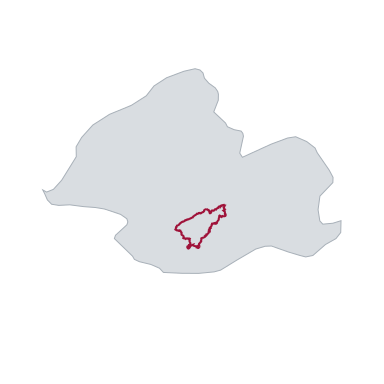 Ngororero, Western, Rwanda (highlighted), rotated 242°
{"feature_id": "39286606B38913138871456", "entity_name": "Ngororero", "entity_type": "district", "adm_level": 2, "iso_a3": "RWA", "parent_name": "Rwanda", "parent_adm1": "Western", "projection": "equal_earth", "projection_center": [29.551, -1.904], "detail": "fine", "context": "in_parent", "style": "outline", "palette": "rose", "viewbox_px": 384, "rotation_deg": 242, "n_neighbors": 0, "source": "geoboundaries", "source_scale": "gbopen_adm2", "svg_char_len": 6736}
<svg xmlns="http://www.w3.org/2000/svg" viewBox="0 0 384 384"><g transform="rotate(242 192 192)"><path d="M159.6,109.5L163.2,109.4L187.3,101.6L189.7,104.1L193.6,119.1L195.7,121.3L199.0,121.9L205.8,118.4L218.2,106.6L223.6,99.5L230.0,89.4L238.1,78.0L242.7,68.1L247.1,62.3L252.9,60.6L259.4,61.1L263.9,61.2L260.2,63.6L259.4,70.9L263.6,82.5L277.5,106.4L286.3,110.9L292.0,120.2L297.7,135.9L299.3,155.6L297.0,179.2L298.4,196.8L303.5,208.3L304.8,223.3L302.4,241.6L299.4,252.6L296.0,256.3L292.0,257.6L286.7,256.4L280.2,257.9L273.1,261.4L268.7,261.9L265.9,261.2L260.7,258.3L252.5,248.8L237.1,254.0L233.0,253.9L227.3,258.4L222.7,264.0L219.9,264.4L217.1,263.6L203.9,252.4L199.0,252.8L197.1,284.3L194.8,301.7L192.1,309.5L182.6,317.0L173.1,321.3L167.9,321.0L146.9,323.4L138.7,323.4L134.2,320.8L128.3,303.0L117.2,295.0L106.5,291.3L102.2,292.4L98.3,301.7L96.7,310.1L86.4,304.3L83.3,297.3L83.0,285.3L79.2,268.9L81.3,261.9L85.4,257.4L93.9,248.8L107.0,236.8L109.8,231.0L111.7,221.5L110.8,199.4L109.6,180.6L111.1,174.0L117.1,159.5L125.1,144.7L134.4,129.0L140.0,127.5L147.4,121.6L155.2,112.8L159.6,109.5Z" fill="#d9dde1" stroke="#a8b0b8" stroke-width="1"/><path d="M168.7,161.8L168.2,161.8L168.0,161.6L168.0,161.0L167.6,160.6L167.2,160.5L167.0,160.3L166.6,160.2L166.5,159.8L166.0,160.1L165.9,160.3L165.7,160.3L165.5,160.5L165.3,160.5L165.1,160.8L165.1,161.1L164.8,161.4L164.1,161.7L164.0,162.0L164.2,162.6L163.9,162.9L163.9,163.1L163.7,163.1L163.3,163.0L163.1,163.6L162.7,163.5L162.2,163.6L161.8,163.5L161.5,163.7L160.9,163.5L160.7,163.6L160.4,163.2L160.0,163.2L159.6,162.8L159.3,162.7L158.9,162.8L158.7,163.0L158.3,163.2L158.0,163.5L157.0,163.8L156.7,163.6L156.2,163.6L155.4,162.6L155.2,162.7L155.1,163.1L154.7,163.3L154.6,163.6L154.6,163.9L154.4,164.1L154.1,164.2L154.1,164.4L154.0,164.2L153.6,164.2L153.6,165.0L153.4,165.2L153.5,165.5L153.1,165.9L153.1,166.4L152.8,166.7L152.6,166.7L152.5,167.1L152.4,167.1L152.4,167.3L152.3,167.7L152.0,167.9L151.8,168.1L151.3,167.3L151.3,167.1L150.6,167.1L150.4,167.3L149.6,166.6L149.4,166.6L149.0,166.5L148.2,166.6L147.9,166.5L147.7,166.6L147.1,166.4L146.8,166.2L146.8,165.5L146.7,164.9L146.8,164.4L146.3,164.0L146.1,163.5L145.7,163.6L145.8,163.2L146.1,162.6L146.1,162.4L145.6,161.9L144.9,162.0L144.3,161.8L143.7,162.3L143.7,162.5L143.8,162.6L143.7,162.7L143.7,163.0L144.0,163.8L144.1,164.0L144.5,164.0L144.8,164.5L144.7,164.8L144.8,165.0L144.9,165.5L145.2,165.8L145.2,166.4L145.0,166.9L144.9,167.2L145.1,167.6L145.0,168.2L144.8,167.9L144.4,168.0L144.3,167.9L144.1,168.1L143.9,168.4L143.4,168.5L142.5,169.5L142.5,169.8L142.2,170.1L141.9,170.8L141.6,170.8L141.4,170.4L141.3,170.5L141.0,170.3L140.9,170.6L140.7,170.7L140.3,170.6L140.1,170.8L139.7,171.0L139.6,171.3L139.9,171.4L139.9,171.6L140.2,171.5L140.3,171.5L140.2,171.8L140.3,171.9L140.3,172.0L140.4,171.9L140.8,172.0L140.8,171.9L141.0,171.7L141.1,171.8L141.3,171.8L141.5,172.0L141.4,172.2L141.5,172.5L141.6,172.9L141.6,173.1L141.8,173.2L141.8,173.4L142.3,173.3L142.6,173.8L143.1,174.0L143.3,175.1L143.5,175.3L143.5,175.6L143.6,176.1L143.9,176.3L143.9,176.5L144.2,177.1L144.6,177.2L144.9,177.4L145.0,177.3L145.8,178.2L146.4,178.2L146.8,178.6L146.7,179.1L146.7,179.8L146.5,180.1L146.4,180.4L146.2,180.8L146.4,181.6L146.4,182.0L146.3,182.3L146.3,182.5L146.5,182.9L146.6,183.1L146.7,183.7L146.8,183.7L147.2,184.1L147.3,184.0L147.3,184.3L147.5,184.5L147.3,184.6L147.2,184.8L147.2,185.3L147.7,185.9L147.8,185.9L147.9,186.4L147.8,186.5L147.8,186.9L148.0,187.0L148.1,187.4L148.3,187.5L148.5,187.9L148.6,188.1L148.6,188.4L148.6,188.7L148.8,189.0L148.7,189.1L148.8,189.2L149.2,188.9L149.2,189.0L149.6,189.2L149.9,189.5L149.9,189.4L150.1,189.3L150.1,189.6L150.3,189.6L150.5,190.1L150.8,190.2L151.1,190.0L151.2,190.4L151.4,190.7L151.6,190.5L151.9,190.7L151.7,191.2L152.0,191.2L152.0,191.4L151.9,191.6L152.1,191.6L152.2,191.9L152.4,191.9L152.6,192.2L152.6,192.9L152.9,193.1L153.2,193.7L153.6,194.0L153.8,194.3L154.0,194.2L154.1,194.4L154.2,194.5L154.7,194.8L154.5,195.4L154.2,195.5L154.0,196.0L154.0,196.5L154.2,196.8L154.2,197.0L154.0,197.3L153.8,197.3L153.9,197.6L153.7,197.8L153.7,198.1L153.5,197.9L153.2,198.1L153.1,197.9L153.0,198.1L152.9,198.0L152.7,198.1L152.7,198.6L152.9,198.7L152.9,199.2L153.2,199.2L153.6,200.1L154.5,201.2L154.6,201.9L155.0,202.6L155.5,202.8L155.6,203.0L156.3,203.3L156.9,204.3L157.0,204.4L157.3,204.4L157.4,204.6L157.6,204.5L158.0,204.7L158.2,204.9L158.2,205.1L158.3,205.3L158.1,205.5L157.8,205.7L157.7,205.8L157.5,205.6L157.4,205.8L157.2,205.7L157.1,205.8L156.9,205.7L156.6,205.9L156.3,206.4L156.0,206.5L156.5,207.7L156.0,208.1L155.5,208.9L155.5,209.1L155.3,209.4L155.2,210.1L155.3,210.2L155.3,210.4L155.4,210.6L155.5,210.7L156.0,210.6L156.4,211.1L156.9,210.6L157.1,210.6L157.2,211.0L157.3,211.1L158.1,211.2L158.7,211.6L159.3,211.6L159.7,211.9L160.0,211.7L160.4,211.1L160.8,211.0L160.7,211.4L160.8,211.6L161.0,211.6L161.1,211.9L161.3,212.9L162.2,212.5L162.6,212.5L162.9,212.7L163.3,212.6L163.6,213.3L163.9,213.5L164.2,214.1L164.4,214.3L164.8,214.2L164.9,214.6L165.0,214.5L165.3,214.2L165.5,214.5L165.3,213.9L165.4,213.7L165.5,213.5L165.8,213.7L166.0,213.0L165.8,213.0L165.7,212.5L165.9,212.2L166.2,212.1L166.3,211.8L165.9,211.6L166.0,211.4L165.9,211.3L165.8,211.0L166.0,210.8L165.9,210.6L166.1,210.7L166.3,210.5L166.1,209.9L166.3,209.7L166.5,209.3L166.5,209.1L166.5,208.8L166.2,208.6L166.2,208.1L166.0,207.5L165.6,207.4L165.6,207.1L165.8,206.7L165.6,206.1L165.8,205.8L165.7,205.3L165.3,205.0L165.6,204.7L165.8,204.5L165.9,204.2L165.6,204.0L165.5,203.1L165.4,202.8L165.5,202.8L165.6,202.3L165.7,201.8L165.8,201.6L166.0,201.6L166.2,201.2L166.3,200.9L166.1,200.7L166.0,200.2L165.7,199.9L165.4,199.8L165.3,199.5L165.1,199.4L164.6,198.6L164.7,198.0L164.9,197.7L165.0,197.7L165.3,197.8L165.6,197.8L166.5,198.4L166.7,198.2L167.0,198.5L167.4,198.3L167.7,198.3L167.9,198.0L168.3,198.1L168.4,197.8L168.7,197.8L168.9,197.5L169.5,197.4L169.8,196.5L170.3,196.0L170.4,195.6L170.3,194.5L170.1,194.0L169.6,193.7L169.4,193.7L169.2,193.3L169.0,192.4L169.3,191.8L169.1,191.0L169.3,190.3L169.0,190.1L169.0,189.6L169.5,188.9L169.8,188.8L170.1,188.7L170.3,188.2L170.0,187.8L170.0,187.5L170.0,186.9L170.3,186.8L170.6,186.1L170.3,185.7L170.1,184.6L169.9,184.2L170.1,183.6L170.1,183.0L169.7,182.1L169.8,181.5L169.7,181.4L169.4,181.0L169.2,180.8L169.4,180.3L169.3,179.5L169.5,179.1L169.3,178.6L169.3,178.1L169.5,177.7L169.5,177.3L169.6,177.0L169.4,176.2L169.6,176.0L169.7,175.6L169.9,175.4L170.0,175.1L170.1,174.2L169.8,174.2L169.9,173.0L170.2,172.9L170.3,172.3L169.8,171.5L170.0,170.5L169.9,170.0L170.0,169.8L170.3,169.6L170.2,169.0L170.3,168.7L170.1,168.5L170.1,167.6L170.1,167.4L169.9,167.4L169.6,166.3L169.7,165.9L169.3,165.5L169.2,164.9L169.1,164.6L169.2,163.8L169.2,163.4L169.4,162.9L168.8,162.3L168.7,161.8Z" fill="none" stroke="#9f1239" stroke-width="2"/></g></svg>